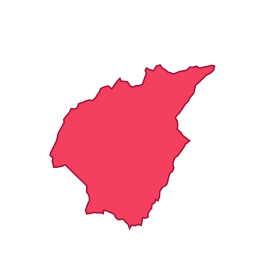 outline of Agudos do Sul, Paraná, Brazil, rotated 208°
{"feature_id": "56859067B40410407425041", "entity_name": "Agudos do Sul", "entity_type": "district", "adm_level": 2, "iso_a3": "BRA", "parent_name": "Brazil", "parent_adm1": "Paraná", "projection": "robinson", "projection_center": [-49.317, -26.04], "detail": "fine", "context": "isolated", "style": "filled", "palette": "rose", "viewbox_px": 256, "rotation_deg": 208, "n_neighbors": 0, "source": "geoboundaries", "source_scale": "gbopen_adm2", "svg_char_len": 1853}
<svg xmlns="http://www.w3.org/2000/svg" viewBox="0 0 256 256"><g transform="rotate(208 128 128)"><path d="M126.9,35.8L124.3,32.7L121.4,34.8L118.1,37.6L115.7,38.4L112.9,40.1L109.7,40.8L110.8,44.2L107.4,44.9L102.5,45.3L99.4,45.4L97.3,43.4L94.0,42.4L91.6,43.6L89.8,45.4L86.3,44.0L82.7,43.0L79.4,40.1L79.4,43.9L76.1,44.8L73.7,47.6L70.7,48.2L71.9,52.5L73.0,55.7L70.2,56.6L68.5,58.8L70.1,61.6L70.2,64.5L69.5,68.2L70.9,71.6L69.3,75.0L70.2,77.7L67.3,77.8L68.0,82.4L70.2,86.9L69.7,91.8L67.3,95.8L67.9,99.6L69.1,103.7L69.7,107.6L68.5,110.5L68.8,114.5L70.9,116.2L72.2,119.4L72.7,123.6L71.0,127.1L70.7,130.3L70.0,134.0L69.7,137.8L69.6,141.1L67.5,145.6L76.4,147.1L79.2,148.9L83.8,149.9L85.6,154.3L88.2,157.6L91.0,159.1L90.7,162.5L89.7,165.3L89.2,169.8L88.6,175.9L87.3,180.5L87.6,183.4L86.9,186.8L86.3,189.6L87.3,193.4L88.4,197.3L87.3,200.2L85.9,204.5L84.8,207.7L83.8,211.2L80.9,215.2L79.6,219.4L80.6,223.3L83.4,222.7L86.3,220.0L88.6,218.3L90.7,216.3L93.2,214.3L96.5,214.8L98.9,212.2L101.9,210.8L103.4,206.6L106.4,204.1L108.9,202.2L111.0,199.5L113.4,196.9L115.9,196.8L118.9,196.2L122.6,196.9L126.4,197.2L129.2,198.8L131.9,196.2L132.5,190.5L136.6,189.6L139.8,189.7L139.8,186.8L137.2,184.7L136.8,179.8L135.7,173.5L138.0,170.6L141.0,169.0L142.6,166.4L145.7,166.3L150.1,168.4L153.1,167.5L156.0,166.1L158.5,168.1L159.3,165.0L160.2,159.6L160.6,155.0L165.2,155.8L168.2,153.2L170.6,150.1L170.3,146.6L170.6,143.3L170.9,139.2L172.2,135.5L175.1,134.6L178.1,131.9L180.0,129.3L183.0,126.1L182.3,122.3L184.0,119.7L187.3,118.3L187.1,113.9L188.1,109.9L188.7,105.3L187.0,103.0L187.0,100.0L187.0,95.6L187.2,91.4L186.4,88.1L185.1,83.5L184.9,78.7L184.7,70.4L184.1,67.4L180.3,66.3L179.2,62.8L177.1,61.0L175.4,58.5L172.6,59.9L168.8,62.9L166.1,66.0L137.5,57.7L135.8,55.0L134.6,52.2L130.6,50.0L128.0,46.0L127.7,40.8L126.9,35.8Z" fill="#f43f5e" stroke="#9f1239" stroke-width="1.5"/></g></svg>